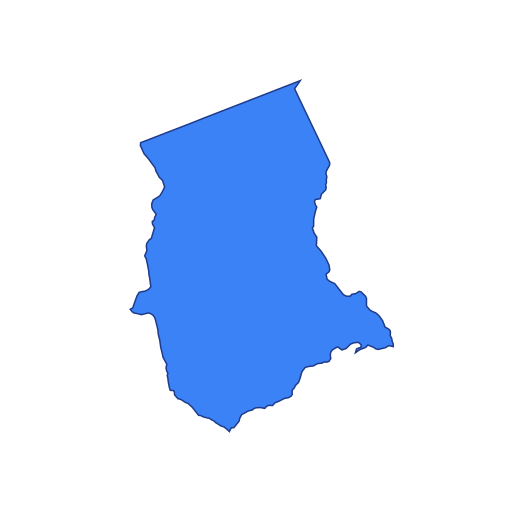 the district of São João do Soter, Maranhão, Brazil, rotated 134°
{"feature_id": "56859067B40043130772660", "entity_name": "São João do Soter", "entity_type": "district", "adm_level": 2, "iso_a3": "BRA", "parent_name": "Brazil", "parent_adm1": "Maranhão", "projection": "orthographic", "projection_center": [-43.73, -5.032], "detail": "fine", "context": "isolated", "style": "filled", "palette": "blue", "viewbox_px": 512, "rotation_deg": 134, "n_neighbors": 0, "source": "geoboundaries", "source_scale": "gbopen_adm2", "svg_char_len": 2864}
<svg xmlns="http://www.w3.org/2000/svg" viewBox="0 0 512 512"><g transform="rotate(134 256 256)"><path d="M225.8,94.3L223.9,96.3L222.8,98.7L221.0,101.2L220.0,104.2L217.9,105.9L216.5,107.6L216.5,110.4L217.5,113.6L216.5,115.8L215.6,117.9L214.6,119.9L214.0,123.2L213.6,125.3L213.5,127.9L213.8,130.6L215.2,134.0L215.7,136.1L215.3,141.7L209.9,146.9L208.9,149.1L208.8,155.5L209.8,157.2L213.7,158.1L217.0,160.5L219.4,160.3L222.0,162.9L223.1,166.1L222.3,172.4L221.2,180.2L223.0,185.4L223.3,188.7L220.4,193.0L216.5,192.5L214.6,193.4L211.8,197.2L209.2,204.0L207.3,212.5L206.7,219.8L204.7,221.4L200.2,225.4L199.2,230.0L196.7,234.9L194.5,235.3L189.2,240.3L182.2,244.5L178.6,246.3L177.9,248.9L176.1,251.9L174.0,252.5L171.8,250.7L170.0,249.6L166.2,251.9L160.0,251.8L157.7,253.3L156.5,255.4L154.4,256.2L152.4,258.3L149.9,260.0L148.2,262.8L146.7,264.1L143.4,265.2L141.0,265.7L139.0,266.5L137.5,268.1L112.9,333.8L108.9,344.4L99.1,346.0L192.9,389.3L195.7,390.5L198.3,391.7L200.6,392.7L254.6,417.7L256.9,415.9L260.2,407.5L260.8,400.9L262.7,389.7L264.3,387.3L266.6,380.1L266.6,375.7L269.8,369.7L274.4,368.1L279.5,367.0L283.9,368.0L287.1,368.9L290.9,367.3L293.4,364.6L294.4,362.4L295.3,356.7L298.5,355.8L300.7,354.2L303.2,354.6L304.9,352.7L306.1,348.7L316.1,343.5L318.2,344.1L322.8,343.3L325.1,341.8L327.8,338.3L333.2,336.2L334.4,332.8L337.8,327.7L341.4,322.7L343.9,319.9L345.3,317.7L351.2,310.3L353.9,310.1L355.9,310.5L358.7,311.5L360.1,312.8L363.3,314.8L367.4,313.9L374.9,310.5L378.9,308.6L381.7,309.5L382.1,306.3L381.8,304.3L379.2,300.3L378.0,297.8L371.9,294.0L370.9,292.4L370.1,289.7L370.5,286.3L372.2,283.3L376.0,277.2L377.9,274.5L379.8,272.5L383.6,266.5L387.8,261.2L390.9,256.3L393.6,252.2L395.8,245.0L399.0,243.0L400.8,240.3L401.6,237.9L403.5,237.0L405.4,234.2L408.3,230.6L410.9,226.8L412.2,224.4L410.0,221.7L410.9,219.8L412.4,218.2L412.9,213.1L411.4,210.5L410.4,205.1L409.3,202.6L409.2,199.3L409.1,197.2L409.3,195.1L409.8,191.7L410.5,186.7L409.0,184.6L408.5,182.5L406.4,178.7L405.2,176.9L404.6,174.0L403.8,171.3L403.9,169.3L403.3,166.7L402.6,163.1L401.2,160.4L400.8,156.2L400.8,153.2L398.5,154.0L396.6,154.3L394.9,152.7L386.6,153.4L384.0,155.0L380.0,156.1L376.4,155.0L372.8,153.9L369.2,151.6L366.9,151.5L364.9,150.3L362.0,147.6L359.5,143.8L357.0,144.0L354.6,143.1L352.0,140.2L348.5,140.4L345.0,138.8L338.7,136.6L335.3,134.2L332.5,133.4L330.6,133.7L327.3,136.8L324.2,136.8L321.8,137.7L317.3,137.6L312.4,139.8L310.4,141.0L307.2,142.6L302.0,143.2L298.9,141.4L295.3,138.4L290.7,137.0L287.3,134.2L284.9,133.3L282.9,131.2L281.1,130.3L277.8,131.0L275.7,133.7L273.3,135.4L270.4,135.9L264.7,134.2L263.9,128.9L259.9,126.9L253.9,126.8L250.6,125.4L247.0,122.4L246.8,118.7L248.7,117.1L251.0,118.3L253.0,119.1L256.5,117.3L251.4,116.3L245.5,113.6L242.4,113.7L239.9,107.8L239.6,105.3L238.2,103.1L232.0,99.2L228.2,98.2L225.8,94.3Z" fill="#3b82f6" stroke="#1e3a8a" stroke-width="1.5"/></g></svg>